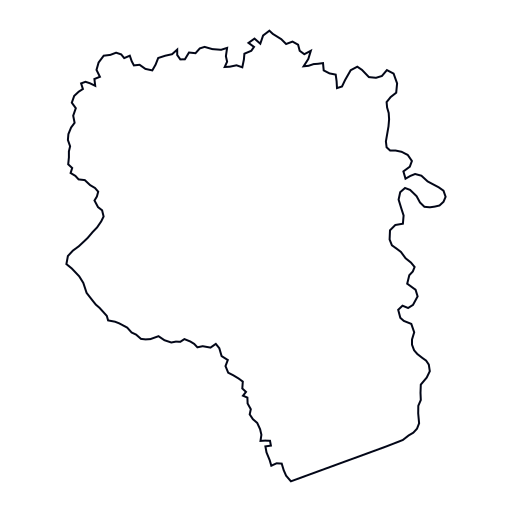 outline of Pinhal Grande, Rio Grande do Sul, Brazil
{"feature_id": "56859067B41632636644802", "entity_name": "Pinhal Grande", "entity_type": "district", "adm_level": 2, "iso_a3": "BRA", "parent_name": "Brazil", "parent_adm1": "Rio Grande do Sul", "projection": "albers", "projection_center": [-53.335, -29.303], "detail": "fine", "context": "isolated", "style": "outline", "palette": "ink", "viewbox_px": 512, "rotation_deg": 0, "n_neighbors": 0, "source": "geoboundaries", "source_scale": "gbopen_adm2", "svg_char_len": 3090}
<svg xmlns="http://www.w3.org/2000/svg" viewBox="0 0 512 512"><path d="M362.0,69.9L357.3,66.7L350.7,70.2L345.1,80.0L342.0,86.5L337.0,88.1L336.6,81.3L335.7,74.6L329.5,73.4L323.7,70.4L323.0,63.1L317.9,63.8L313.6,64.1L308.5,65.8L303.6,66.3L308.3,59.0L310.8,50.8L304.3,54.2L299.7,50.8L298.1,44.7L292.5,41.6L286.1,44.0L281.3,39.2L272.8,33.9L269.4,30.7L263.1,35.5L260.3,43.7L254.5,38.6L248.5,42.9L254.0,46.9L251.3,50.8L244.4,53.7L243.9,59.5L242.3,67.3L236.5,65.3L229.8,66.7L224.7,67.0L227.1,61.7L225.9,56.2L227.1,47.9L221.1,49.8L212.3,49.1L204.6,46.9L199.8,48.4L195.5,53.2L189.0,52.5L184.9,59.3L180.3,59.4L177.2,55.0L177.2,49.6L172.1,54.2L165.3,55.7L158.2,58.0L155.6,64.6L152.3,70.4L145.4,68.9L139.6,64.8L133.9,65.4L131.7,61.2L129.8,55.7L124.2,58.1L121.2,54.4L116.1,52.7L110.3,54.9L103.7,55.7L98.6,62.5L96.5,69.9L99.9,76.8L94.4,79.0L95.2,85.8L89.8,83.2L85.5,81.8L81.1,83.4L82.9,89.0L78.7,91.7L74.2,95.9L71.8,102.7L75.8,108.2L73.2,115.7L74.6,122.8L71.1,127.5L68.4,134.1L67.9,140.0L70.1,146.3L68.9,151.4L68.9,157.5L68.2,164.3L72.2,168.0L70.6,173.0L75.4,175.9L78.6,179.4L84.8,180.1L90.1,185.1L95.0,188.0L98.2,191.7L96.9,196.5L94.5,200.5L98.0,207.1L102.1,210.3L103.6,216.5L101.2,221.4L97.1,227.4L92.5,232.2L87.6,238.0L78.9,246.2L72.9,250.6L67.9,256.0L66.4,264.1L71.7,268.4L75.5,272.4L79.2,276.3L83.3,282.9L86.6,292.9L92.6,300.6L95.8,304.6L99.5,307.8L106.8,315.9L108.1,320.4L115.0,321.7L119.1,323.3L127.2,327.6L131.6,332.5L136.1,334.6L141.0,338.9L145.6,339.4L150.4,339.1L158.5,336.2L164.4,340.2L171.3,342.5L175.9,341.6L180.3,341.8L184.4,339.1L190.3,341.5L194.2,343.9L197.4,347.3L202.7,346.2L210.5,347.6L215.8,343.9L219.3,348.2L221.6,356.1L227.8,360.0L225.5,366.1L228.2,372.7L233.3,375.3L238.6,378.5L242.8,381.6L242.3,388.5L246.0,391.9L243.0,395.7L247.4,397.6L247.6,403.5L250.8,409.2L249.7,414.4L252.9,419.2L257.2,422.9L260.1,429.2L261.4,434.8L260.5,440.9L265.1,440.6L270.0,440.8L270.9,445.6L265.4,446.4L266.5,452.4L269.7,460.2L271.3,465.7L276.6,463.3L281.7,463.6L283.7,470.2L286.1,475.7L290.9,481.3L386.4,446.4L402.8,440.0L408.7,435.4L413.3,432.7L417.0,428.7L419.1,423.3L418.2,413.4L418.3,405.8L420.8,400.0L420.5,392.8L420.8,384.6L426.7,377.6L429.8,371.2L428.8,364.6L426.1,360.6L422.3,357.9L417.3,354.0L414.1,350.3L412.0,344.7L412.0,339.5L414.2,332.3L411.3,323.9L403.8,320.9L400.3,317.8L398.2,309.8L402.5,305.7L408.1,308.0L413.0,304.9L417.6,296.4L415.6,289.8L407.2,283.7L409.3,275.2L412.8,271.5L414.6,267.0L411.0,262.6L405.6,258.3L400.9,251.9L397.2,249.1L391.9,245.3L389.6,239.5L390.0,230.3L395.3,225.0L402.9,223.7L403.6,215.5L401.3,208.4L398.6,199.6L400.2,192.2L405.0,188.0L410.1,189.9L416.6,196.2L420.0,202.5L424.4,206.8L429.9,207.3L434.8,206.6L439.5,205.5L443.5,201.8L445.6,196.8L443.5,190.7L438.7,187.3L431.7,183.6L427.6,181.4L421.4,175.7L415.1,174.0L410.4,175.9L405.5,178.7L403.4,171.4L409.8,166.7L411.9,161.0L407.8,155.0L401.6,151.8L395.4,150.5L390.1,150.5L386.6,147.3L385.9,141.4L388.5,126.4L389.1,119.3L388.7,113.0L387.1,107.5L386.6,102.1L390.6,97.1L396.2,92.7L397.1,83.4L393.6,73.6L386.9,70.1L381.9,76.0L376.0,77.8L368.9,77.1L362.0,69.9Z" fill="none" stroke="#020617" stroke-width="2"/></svg>